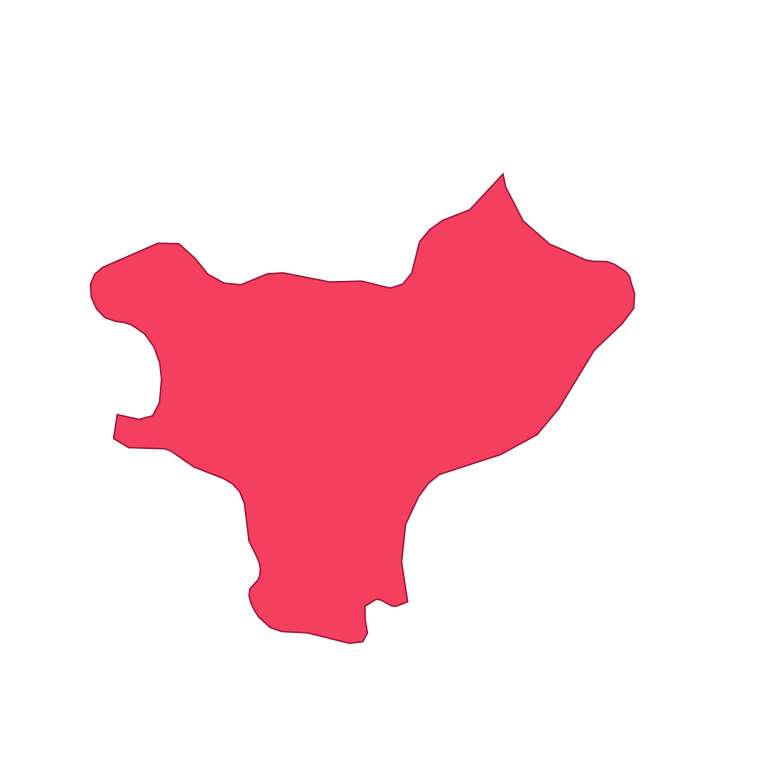 SVG path tracing the border of Vibo Valentia, rotated 155°
{"feature_id": "ITA-5394", "entity_name": "Vibo Valentia", "entity_type": "Province", "adm_level": 1, "iso_a3": "ITA", "parent_name": "Italy", "parent_adm1": "", "projection": "orthographic", "projection_center": [16.203, 38.629], "detail": "fine", "context": "isolated", "style": "filled", "palette": "rose", "viewbox_px": 768, "rotation_deg": 155, "n_neighbors": 0, "source": "natural_earth", "source_scale": "10m", "svg_char_len": 1263}
<svg xmlns="http://www.w3.org/2000/svg" viewBox="0 0 768 768"><g transform="rotate(155 384 384)"><path d="M187.4,524.0L190.5,511.2L189.0,472.9L174.9,441.0L148.9,411.3L142.4,406.7L130.3,400.8L125.0,395.6L117.5,383.8L115.9,377.5L117.3,371.2L118.6,360.1L125.7,347.1L142.3,338.2L179.5,325.6L235.9,287.9L266.7,273.4L307.9,270.8L372.0,278.6L385.5,275.4L400.2,267.3L423.9,247.5L443.3,215.3L454.6,176.6L467.1,177.5L470.9,179.7L478.4,189.9L482.2,192.2L495.2,190.6L500.6,178.6L504.3,165.2L512.2,159.4L524.9,163.6L558.8,191.0L581.0,202.7L590.0,211.3L595.9,225.4L597.0,232.9L597.2,241.5L595.7,249.4L592.0,255.1L581.0,259.7L577.5,263.0L574.6,267.8L572.9,273.2L572.3,279.0L572.7,298.7L561.0,334.7L560.3,347.2L563.5,357.5L569.5,366.2L591.4,389.2L605.4,413.2L609.9,417.9L642.2,434.2L652.1,448.8L638.7,469.0L621.0,455.4L607.2,453.0L595.4,461.9L583.6,482.3L578.3,498.0L576.8,514.5L579.6,530.3L587.7,544.1L593.8,549.8L600.6,554.1L608.8,562.0L612.8,573.6L612.6,586.5L607.7,598.6L599.8,605.7L589.9,608.6L529.3,607.1L510.6,597.8L502.1,577.5L497.2,557.8L486.2,542.9L471.8,534.4L443.1,533.1L428.6,527.4L390.1,499.4L360.8,486.7L338.0,468.3L324.8,466.6L312.0,472.8L291.7,497.8L277.3,504.6L261.6,507.5L232.6,505.7L187.4,524.0Z" fill="#f43f5e" stroke="#9f1239" stroke-width="1.5"/></g></svg>